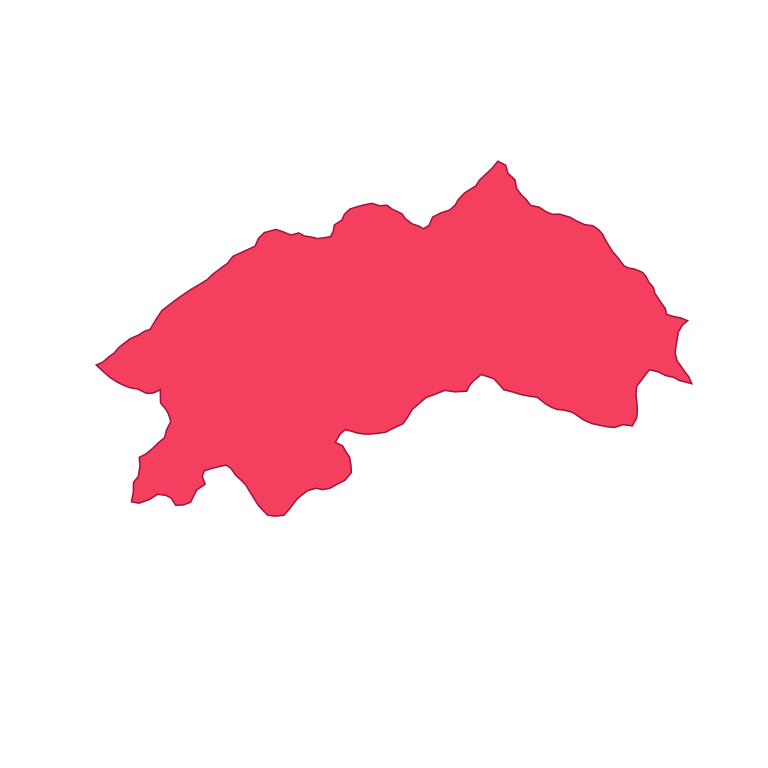 outline of Herculândia, São Paulo, Brazil, rotated 226°
{"feature_id": "56859067B3625092045364", "entity_name": "Herculândia", "entity_type": "district", "adm_level": 2, "iso_a3": "BRA", "parent_name": "Brazil", "parent_adm1": "São Paulo", "projection": "albers", "projection_center": [-50.378, -21.944], "detail": "fine", "context": "isolated", "style": "filled", "palette": "rose", "viewbox_px": 768, "rotation_deg": 226, "n_neighbors": 0, "source": "geoboundaries", "source_scale": "gbopen_adm2", "svg_char_len": 2835}
<svg xmlns="http://www.w3.org/2000/svg" viewBox="0 0 768 768"><g transform="rotate(226 384 384)"><path d="M433.3,162.8L435.5,168.8L437.9,175.7L436.1,185.8L443.6,188.9L446.4,194.4L443.0,201.3L439.4,207.5L435.5,214.0L429.9,215.3L421.3,214.0L414.3,214.4L407.1,214.4L398.7,212.4L392.7,211.1L383.3,209.2L370.6,209.2L364.8,213.6L359.1,220.7L359.7,228.8L361.6,241.0L361.2,248.3L360.2,255.3L356.1,262.8L350.8,266.3L346.7,272.4L344.4,280.8L341.9,289.2L343.0,299.0L348.3,303.6L355.2,308.4L363.1,309.9L368.2,311.3L375.9,308.4L378.5,318.0L377.9,324.5L372.5,327.9L367.5,330.6L362.8,334.1L358.4,338.3L354.2,343.5L348.3,351.3L346.1,358.8L342.2,370.1L343.7,378.0L346.1,386.7L345.1,404.6L341.1,413.7L337.2,423.3L329.1,429.5L321.3,438.7L323.6,444.6L324.1,450.8L323.3,460.5L311.6,466.7L302.7,466.5L296.8,466.1L289.1,470.9L280.7,475.5L273.2,480.9L268.2,484.9L257.6,486.4L251.2,488.2L245.5,490.8L239.8,495.6L232.7,499.9L219.0,502.8L210.9,506.2L205.7,509.7L198.2,514.8L192.6,519.6L188.7,527.7L181.4,533.5L184.0,542.2L189.0,547.9L194.0,552.2L201.5,558.1L206.8,564.1L208.5,575.2L209.9,584.8L202.4,589.7L194.6,592.4L187.3,597.1L181.3,598.9L170.4,605.6L177.4,608.2L182.9,608.8L188.7,609.7L197.1,611.0L204.3,615.1L209.7,622.1L216.9,631.9L219.1,639.4L218.6,646.4L225.5,643.3L231.6,639.1L237.7,635.7L242.9,638.8L250.2,639.9L261.0,641.8L266.3,644.8L273.4,645.3L279.5,647.2L284.8,647.5L292.5,644.1L297.4,640.6L302.3,638.7L312.8,640.0L321.2,640.5L332.0,642.9L339.8,645.3L345.7,645.6L352.8,644.2L359.2,639.1L367.3,635.8L374.3,633.9L384.2,628.3L389.3,622.8L395.9,620.1L403.2,618.6L410.7,613.6L418.3,614.5L424.1,614.2L432.1,615.1L440.1,620.1L449.4,619.5L456.8,623.5L465.2,620.7L464.1,611.5L464.3,601.3L464.3,594.1L462.7,587.5L464.3,580.8L465.5,574.8L465.0,565.3L463.2,559.4L463.6,552.0L467.5,543.9L470.3,534.9L466.9,526.8L468.2,520.3L473.3,518.8L479.9,515.4L488.0,514.2L493.9,515.1L498.9,513.4L503.7,511.5L510.5,510.3L515.6,504.4L522.2,501.0L526.5,494.4L529.7,488.7L533.6,480.9L533.6,473.4L531.2,467.7L532.9,458.8L529.0,453.3L527.2,447.9L531.1,442.2L534.8,437.2L541.2,433.2L545.5,429.7L551.9,427.6L555.8,420.6L564.0,416.9L570.2,413.7L576.0,403.2L576.0,395.1L572.7,387.0L580.8,363.9L579.5,355.2L580.5,348.9L582.0,336.3L581.9,329.4L584.1,319.2L585.9,312.0L588.1,299.7L589.5,290.1L591.1,275.1L588.6,264.2L585.8,253.8L588.4,248.1L589.7,241.4L592.9,233.1L593.8,225.2L594.5,218.7L593.7,211.8L594.7,204.9L595.1,196.8L597.6,190.2L588.1,190.7L578.2,191.6L570.9,193.4L564.5,195.6L558.1,198.5L551.3,203.4L542.2,206.7L537.8,211.7L535.2,219.0L525.5,210.0L517.6,209.6L512.0,208.1L505.1,204.5L501.9,195.4L497.9,188.9L498.4,182.6L498.4,172.2L499.0,164.6L501.2,156.9L494.6,151.5L488.2,143.1L487.3,135.5L480.4,128.6L474.7,120.5L468.4,125.0L463.7,135.5L462.0,144.5L455.6,149.6L450.0,151.7L441.3,149.9L436.1,156.1L433.3,162.8Z" fill="#f43f5e" stroke="#9f1239" stroke-width="1.5"/></g></svg>